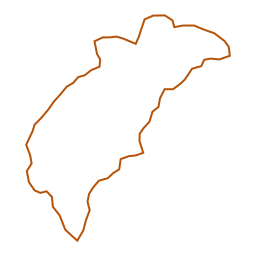 outline of Bom Jesus, Paraíba, Brazil
{"feature_id": "56859067B58755230690339", "entity_name": "Bom Jesus", "entity_type": "district", "adm_level": 2, "iso_a3": "BRA", "parent_name": "Brazil", "parent_adm1": "Paraíba", "projection": "natural_earth1", "projection_center": [-38.629, -6.83], "detail": "fine", "context": "isolated", "style": "outline", "palette": "amber", "viewbox_px": 256, "rotation_deg": 0, "n_neighbors": 0, "source": "geoboundaries", "source_scale": "gbopen_adm2", "svg_char_len": 1033}
<svg xmlns="http://www.w3.org/2000/svg" viewBox="0 0 256 256"><path d="M26.8,171.1L29.0,182.2L34.5,190.3L40.2,192.9L46.6,191.3L51.9,196.9L52.9,206.8L59.6,215.3L62.4,222.3L65.2,229.6L71.9,235.9L77.3,240.6L83.3,230.5L85.9,220.4L89.7,210.1L87.5,201.7L89.1,193.9L92.9,187.8L98.8,180.7L107.7,178.2L113.2,173.1L119.2,169.3L120.7,159.1L128.7,156.2L135.9,155.4L143.2,152.8L139.5,141.0L139.7,133.7L143.6,128.1L149.4,121.8L152.5,111.7L158.5,106.9L160.0,98.3L164.6,89.2L173.1,89.2L180.4,83.7L184.8,79.6L192.1,68.7L201.3,66.1L204.2,59.8L210.5,58.6L219.3,59.4L229.8,55.8L228.8,46.9L224.5,41.0L214.4,33.3L204.2,29.7L194.0,25.5L183.2,25.5L174.3,27.1L172.5,20.4L164.8,15.4L153.1,15.6L144.6,19.4L141.0,30.0L138.9,36.6L135.7,43.9L129.0,41.0L122.7,38.4L116.4,36.6L109.6,37.4L102.7,37.4L94.5,41.3L97.0,53.9L100.2,59.5L99.5,66.7L91.3,70.1L84.6,75.3L78.2,77.1L73.1,83.0L66.8,86.6L60.8,93.9L54.1,101.3L48.1,109.8L40.9,118.3L34.5,124.8L32.6,131.2L29.8,137.0L26.2,144.8L30.2,155.4L31.6,163.5L26.8,171.1Z" fill="none" stroke="#b45309" stroke-width="2"/></svg>